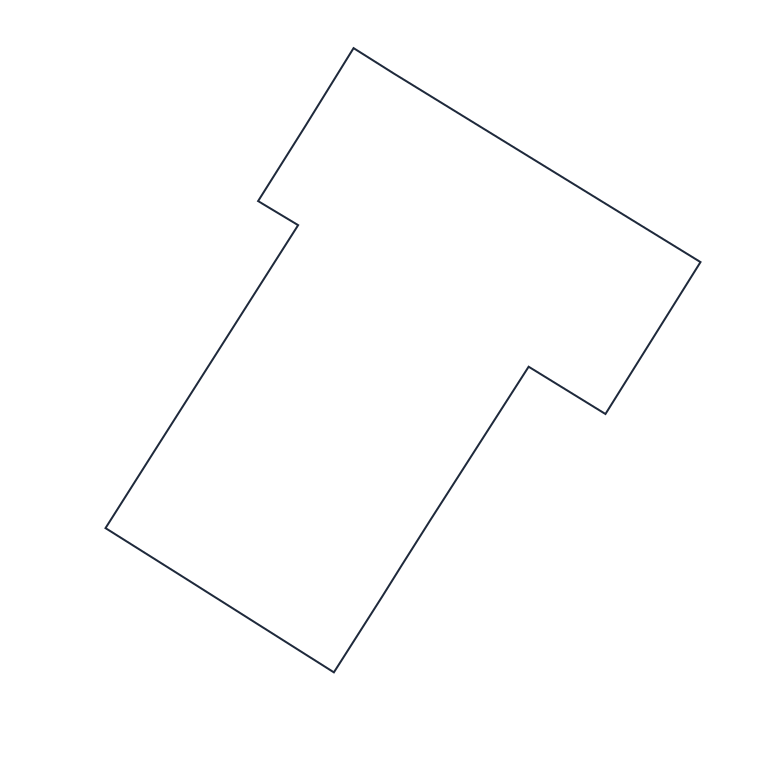 outline of Fond du Lac, Wisconsin, United States of America, rotated 302°
{"feature_id": "52423323B49999362259399", "entity_name": "Fond du Lac", "entity_type": "district", "adm_level": 2, "iso_a3": "USA", "parent_name": "United States of America", "parent_adm1": "Wisconsin", "projection": "orthographic", "projection_center": [-88.541, 43.741], "detail": "fine", "context": "isolated", "style": "outline", "palette": "slate", "viewbox_px": 768, "rotation_deg": 302, "n_neighbors": 0, "source": "geoboundaries", "source_scale": "gbopen_adm2", "svg_char_len": 382}
<svg xmlns="http://www.w3.org/2000/svg" viewBox="0 0 768 768"><g transform="rotate(302 384 384)"><path d="M472.4,180.3L473.2,227.0L204.2,224.8L114.2,224.2L113.9,314.2L112.9,494.3L203.0,495.1L208.3,495.1L239.9,495.1L293.2,495.4L293.5,495.4L475.3,497.5L475.9,587.7L655.1,587.8L652.5,227.9L652.7,180.2L560.3,180.6L472.4,180.3Z" fill="none" stroke="#1e293b" stroke-width="2"/></g></svg>